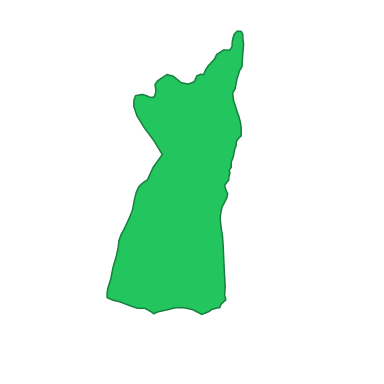 the district of Malung-Sälen, Dalarna, Sweden, rotated 237°
{"feature_id": "70781695B21384318328317", "entity_name": "Malung-Sälen", "entity_type": "district", "adm_level": 2, "iso_a3": "SWE", "parent_name": "Sweden", "parent_adm1": "Dalarna", "projection": "equal_earth", "projection_center": [13.492, 60.851], "detail": "fine", "context": "isolated", "style": "filled", "palette": "green", "viewbox_px": 384, "rotation_deg": 237, "n_neighbors": 0, "source": "geoboundaries", "source_scale": "gbopen_adm2", "svg_char_len": 1608}
<svg xmlns="http://www.w3.org/2000/svg" viewBox="0 0 384 384"><g transform="rotate(237 192 192)"><path d="M295.8,307.3L292.2,304.8L290.4,300.9L293.9,296.0L293.9,287.6L291.2,283.3L289.0,274.3L286.8,269.5L284.2,265.7L285.9,263.7L286.8,259.4L283.3,254.0L284.5,247.7L289.7,242.4L299.3,239.4L304.1,235.1L304.1,228.3L304.0,224.2L304.0,223.5L302.3,219.5L296.2,216.7L292.2,212.2L294.0,208.5L297.0,206.7L300.9,203.5L303.5,197.2L300.9,193.5L295.6,189.8L285.6,187.3L272.1,187.0L255.6,188.0L239.6,187.5L233.9,172.9L226.5,161.3L226.5,156.3L226.4,155.8L225.6,150.7L222.2,145.2L216.5,139.1L209.2,132.2L204.0,124.7L197.9,114.9L194.9,109.3L191.0,104.2L185.4,99.6L179.8,94.0L171.6,84.5L163.4,76.6L157.4,69.3L153.5,65.7L149.6,63.3L144.4,66.7L139.6,71.3L128.8,79.2L124.0,83.1L120.1,89.1L113.2,92.8L110.7,93.5L110.0,98.3L106.6,107.4L103.8,115.4L99.0,122.6L92.9,128.5L83.9,133.6L82.5,141.1L82.7,144.6L81.1,149.8L80.1,152.2L79.9,152.3L81.9,154.8L83.2,161.7L87.9,163.3L94.7,168.4L104.4,173.9L118.6,182.2L128.6,188.1L138.3,193.5L146.9,197.3L154.4,201.2L158.8,204.7L163.0,209.0L165.8,214.0L168.2,218.1L171.0,220.9L175.8,221.7L179.7,222.8L180.8,225.7L181.9,229.1L185.2,231.8L187.2,234.2L190.0,235.0L191.3,238.3L195.8,241.3L198.9,245.7L204.7,251.2L206.7,254.1L210.3,256.9L211.7,260.6L212.3,263.8L219.0,268.2L224.0,270.5L229.3,272.3L234.6,273.6L238.5,274.7L241.0,275.4L245.8,276.6L252.8,279.9L255.0,284.3L262.0,290.9L267.7,297.8L269.9,302.2L279.8,309.5L287.6,315.6L293.1,318.3L296.9,320.6L298.3,320.6L299.9,320.7L302.3,317.6L301.5,313.6L299.4,310.9L295.8,307.3L295.8,307.3Z" fill="#22c55e" stroke="#15803d" stroke-width="1.5"/></g></svg>